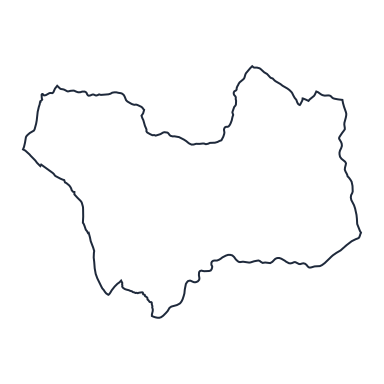 the district of Sutatenza, Boyacá, Colombia
{"feature_id": "7082276B29304036127209", "entity_name": "Sutatenza", "entity_type": "district", "adm_level": 2, "iso_a3": "COL", "parent_name": "Colombia", "parent_adm1": "Boyacá", "projection": "robinson", "projection_center": [-73.439, 5.025], "detail": "fine", "context": "isolated", "style": "outline", "palette": "slate", "viewbox_px": 384, "rotation_deg": 0, "n_neighbors": 0, "source": "geoboundaries", "source_scale": "gbopen_adm2", "svg_char_len": 5868}
<svg xmlns="http://www.w3.org/2000/svg" viewBox="0 0 384 384"><path d="M342.4,99.9L338.2,99.4L334.5,98.7L333.2,98.3L332.3,97.7L330.6,96.0L329.7,95.6L328.3,95.4L325.3,95.6L324.5,95.6L322.4,95.1L320.9,94.3L318.0,92.2L316.3,91.5L314.8,94.7L314.0,95.9L309.6,99.5L308.5,100.9L306.0,99.7L302.8,98.4L302.6,98.4L302.4,100.3L300.3,104.4L299.8,105.0L298.9,104.6L298.0,103.8L297.2,102.3L296.3,99.8L294.7,97.9L293.3,95.4L292.2,93.1L291.5,92.1L289.5,90.1L287.5,88.6L282.5,85.7L280.5,84.1L275.5,81.2L274.4,80.3L272.7,78.5L270.9,77.9L270.2,77.4L267.1,74.0L264.2,72.3L260.7,69.1L259.6,68.3L257.0,67.6L254.4,67.6L253.6,67.4L252.2,66.2L250.1,68.3L246.0,73.2L245.4,74.4L244.5,77.5L244.1,78.4L243.3,79.3L239.6,82.4L238.6,83.9L238.2,84.9L237.3,86.4L236.7,88.0L236.6,89.6L236.0,90.4L234.4,91.3L233.8,92.3L233.7,93.5L233.9,94.4L234.2,95.0L235.5,96.5L235.8,97.5L235.7,99.1L235.9,99.8L236.1,100.9L235.9,104.6L235.4,105.6L234.2,107.0L232.5,111.8L232.4,112.5L233.2,114.9L232.5,116.9L231.7,120.5L230.5,123.6L229.6,125.2L228.6,126.4L227.6,126.8L226.1,126.8L224.9,127.4L224.5,128.0L224.0,129.3L224.0,130.0L224.4,132.4L224.2,133.9L223.3,136.7L221.4,140.3L219.4,141.0L217.5,142.0L216.0,142.4L215.0,142.7L209.9,142.9L208.2,143.7L206.4,144.1L205.9,144.2L203.9,143.5L202.9,143.5L199.5,143.9L196.1,143.8L193.7,144.5L191.6,144.6L189.4,143.6L188.5,143.0L186.2,141.1L183.9,139.6L179.0,137.1L174.4,136.3L172.7,136.4L170.5,135.8L169.5,134.9L168.5,133.5L167.9,132.9L167.4,132.6L164.5,132.2L164.0,132.3L163.0,132.6L160.5,134.1L159.3,134.5L155.7,135.6L154.4,135.1L152.4,135.2L150.2,134.2L147.4,132.6L146.9,132.1L146.4,131.2L146.5,129.8L146.3,129.0L144.9,125.7L143.3,120.1L142.4,118.3L141.5,115.7L143.1,113.4L143.9,110.7L144.1,109.8L143.6,109.4L142.7,108.1L141.5,106.9L137.7,105.1L136.6,104.7L135.8,104.6L134.7,104.8L133.9,104.7L132.2,104.2L131.0,103.6L127.4,101.5L126.1,100.2L124.7,96.7L123.9,95.2L123.3,94.6L122.2,93.7L120.9,93.2L118.3,92.8L116.2,92.3L114.5,92.3L112.2,92.7L110.5,93.7L108.5,94.3L101.2,94.9L100.4,94.8L99.1,94.4L97.7,95.1L96.3,95.5L95.6,95.4L93.5,94.5L93.0,94.5L92.3,94.6L90.1,95.5L88.7,95.7L87.9,95.3L87.2,94.4L86.6,93.0L85.9,92.2L84.7,91.6L82.2,91.6L80.4,92.2L78.5,92.3L77.5,92.1L75.4,91.3L74.5,90.8L73.4,90.6L70.7,90.8L68.2,91.4L67.7,91.4L66.9,91.1L64.3,89.7L63.0,89.3L60.9,89.0L60.1,88.6L57.2,85.8L55.0,88.6L53.4,92.2L52.5,93.1L50.0,93.0L49.3,93.2L45.9,95.1L44.4,95.4L43.8,95.3L42.8,94.1L42.5,94.0L42.2,94.0L41.6,94.8L41.8,98.2L42.2,99.6L41.5,100.4L40.2,101.4L40.4,102.3L39.9,102.8L39.7,104.3L38.8,107.0L38.1,110.1L37.7,111.7L36.7,120.6L36.1,123.8L34.6,129.3L33.9,130.6L29.8,133.0L27.5,135.0L26.3,136.4L25.9,137.3L25.0,142.7L24.0,146.9L23.0,149.4L25.3,150.6L29.6,154.5L30.5,155.6L35.3,160.5L37.0,162.8L40.3,166.1L41.2,164.6L52.8,173.0L54.1,174.3L54.7,175.3L55.4,176.0L60.5,178.7L62.6,179.6L64.2,180.1L64.7,181.6L65.0,182.4L66.4,183.1L69.3,185.5L70.5,187.2L71.2,188.5L71.6,190.0L72.8,191.6L73.5,191.9L74.4,192.0L74.4,194.4L77.3,197.6L80.5,200.8L81.3,201.8L81.8,202.8L82.7,205.9L83.0,207.2L83.1,209.4L83.2,216.6L82.9,222.8L83.5,223.5L84.4,225.6L85.8,229.7L87.1,231.3L88.0,233.1L88.7,232.8L90.0,237.6L90.7,241.1L93.2,247.7L94.2,251.0L93.9,252.9L93.7,257.6L94.2,261.8L94.7,268.3L95.7,273.9L97.3,278.3L101.3,286.5L102.3,288.4L103.8,290.1L104.8,291.7L106.2,293.4L108.3,294.8L108.5,294.8L109.6,293.7L110.6,292.2L111.7,290.3L114.6,286.6L117.4,283.8L119.5,282.3L121.1,280.6L122.3,283.0L122.1,284.5L122.4,285.3L122.2,286.4L122.4,287.0L123.0,287.8L124.7,289.0L126.4,289.6L128.8,290.2L130.1,290.8L131.9,291.3L132.9,292.1L134.3,292.4L135.5,293.0L136.6,292.8L137.8,293.2L138.7,292.8L139.7,292.6L142.2,292.3L142.7,292.5L142.9,292.8L143.2,294.3L144.7,294.8L144.9,295.3L145.0,296.0L145.3,296.3L146.4,296.9L147.2,297.6L147.4,298.1L147.5,299.4L147.8,299.8L148.3,300.1L149.6,301.9L150.3,302.1L151.0,302.1L151.4,302.2L151.7,302.6L151.8,303.0L151.8,304.3L152.4,306.2L152.2,307.4L152.7,309.0L152.8,309.9L152.7,311.2L151.9,314.4L151.9,316.0L153.5,316.7L155.3,317.3L157.2,317.7L159.2,317.8L161.1,317.2L163.2,315.7L165.8,313.1L167.6,311.1L169.5,307.9L171.3,306.6L176.8,305.1L178.6,304.2L180.1,303.3L181.5,301.5L182.6,299.3L183.7,296.0L184.4,293.4L184.8,289.4L185.9,283.9L187.0,282.2L188.0,281.1L189.4,280.7L190.5,280.7L193.6,282.1L195.0,282.3L196.4,282.0L197.9,281.3L199.2,279.7L199.4,278.2L198.9,275.1L199.0,273.5L199.1,272.2L199.9,271.1L201.4,270.6L202.9,271.0L204.4,271.2L209.1,271.0L210.7,270.5L211.6,269.2L212.1,267.7L212.2,266.3L211.4,264.9L211.4,262.8L211.9,261.7L213.1,260.8L214.5,260.5L217.1,260.5L219.1,259.7L220.6,258.8L222.4,257.4L225.9,255.6L228.0,254.9L230.4,254.9L232.3,255.4L234.1,257.0L235.8,259.4L237.5,261.0L238.6,261.8L240.0,262.1L243.0,261.7L249.2,262.6L250.6,262.4L254.0,261.3L257.1,260.7L258.5,260.5L259.8,261.0L260.6,261.7L262.6,262.9L265.2,262.5L270.2,263.1L272.4,261.8L275.0,259.1L276.4,258.3L277.7,258.0L279.3,258.0L281.3,258.7L284.8,260.7L286.1,261.7L288.9,263.2L290.3,263.4L291.9,263.1L294.3,262.1L295.1,262.1L295.9,262.4L299.0,264.0L300.2,264.1L302.2,263.5L303.5,263.3L305.2,263.8L306.7,265.1L307.6,266.3L308.7,267.3L309.9,267.6L311.2,267.4L314.6,266.4L319.9,266.1L322.0,265.1L324.7,263.1L329.6,258.4L331.2,256.8L332.9,255.3L336.5,252.8L340.6,250.4L346.5,245.2L351.7,241.2L355.7,239.2L357.9,238.4L359.1,237.6L359.8,235.9L360.4,234.0L361.0,232.7L360.0,231.1L357.2,224.0L356.9,218.7L356.5,214.9L355.1,208.5L354.0,205.2L351.3,200.0L350.8,197.5L351.1,195.2L352.2,193.1L352.7,191.5L352.5,185.9L351.6,181.7L350.4,179.7L348.8,177.5L347.6,176.4L347.3,175.1L346.7,173.7L345.6,171.7L344.8,169.7L345.0,167.6L345.7,165.0L346.0,163.3L345.1,161.7L341.4,158.7L340.0,156.7L339.5,154.2L339.5,152.5L340.0,150.5L341.1,148.3L341.9,145.9L341.7,143.7L341.1,142.1L339.1,138.7L339.2,137.5L339.9,136.3L342.1,133.0L344.0,130.5L344.8,129.3L344.8,127.9L344.3,124.7L344.4,122.8L345.8,117.6L346.2,115.5L346.3,113.9L345.9,112.1L344.0,106.7L343.0,103.1L342.4,99.9Z" fill="none" stroke="#1e293b" stroke-width="2"/></svg>